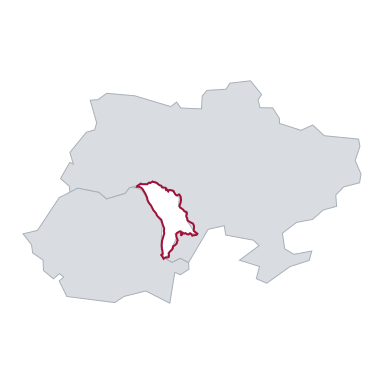 Moldova highlighted among its neighbors
{"feature_id": "MDA", "entity_name": "Moldova", "entity_type": "country or territory", "adm_level": 0, "iso_a3": "MDA", "parent_name": "Europe", "parent_adm1": "", "projection": "orthographic", "projection_center": [28.535, 46.964], "detail": "fine", "context": "with_neighbors", "style": "outline", "palette": "rose", "viewbox_px": 384, "rotation_deg": 0, "n_neighbors": 2, "source": "natural_earth", "source_scale": "50m", "svg_char_len": 3322}
<svg xmlns="http://www.w3.org/2000/svg" viewBox="0 0 384 384"><path d="M284.7,248.9L293.9,254.3L311.8,251.0L309.2,260.4L290.0,266.6L266.7,283.2L256.3,278.7L259.5,266.5L239.5,260.2L259.0,245.7L253.5,240.2L225.8,235.1L224.2,225.7L208.1,229.4L188.5,262.7L180.4,258.4L172.0,262.5L164.0,257.8L168.5,255.1L176.4,238.2L175.1,233.6L195.5,233.7L187.2,221.0L184.6,210.4L178.3,206.3L179.4,197.6L171.7,190.8L152.3,181.8L129.7,187.6L125.2,193.4L106.5,199.0L98.9,192.4L77.7,188.2L70.0,193.1L69.3,186.2L60.5,178.6L69.8,162.4L73.3,164.1L69.9,152.4L86.3,132.3L94.6,129.9L96.7,122.9L90.2,100.2L97.8,99.7L106.8,93.3L134.8,95.8L170.7,106.6L176.6,102.1L180.8,108.0L201.5,108.9L202.2,96.1L206.9,90.4L226.1,89.2L229.8,83.2L250.5,80.8L261.6,94.5L258.1,99.9L260.0,107.7L272.7,107.9L279.4,118.4L279.5,123.4L300.9,130.3L312.7,125.0L324.2,135.7L358.6,139.1L359.9,146.4L355.2,160.6L361.0,174.0L359.6,182.8L343.6,186.9L335.8,195.0L336.6,206.3L323.2,210.0L312.6,219.4L296.5,222.4L282.4,233.2L284.7,248.9Z" fill="#d9dde1" stroke="#a8b0b8" stroke-width="1"/><path d="M164.0,257.8L172.0,262.5L180.4,258.4L188.5,262.7L189.0,269.2L180.3,274.8L174.8,272.4L169.8,303.2L145.8,291.0L124.1,296.4L114.8,302.6L66.8,296.5L59.2,281.0L63.7,277.1L59.5,273.6L53.4,278.8L43.5,270.5L43.0,260.0L32.7,253.0L31.5,244.7L23.0,233.8L37.5,230.4L59.2,197.6L77.7,188.2L98.9,192.4L106.5,199.0L125.2,193.4L129.7,187.6L136.9,187.8L142.0,190.4L162.3,224.1L160.9,246.2L164.0,257.8Z" fill="#d9dde1" stroke="#a8b0b8" stroke-width="1"/><path d="M136.9,186.8L137.3,185.9L140.8,183.6L141.7,184.1L143.5,184.2L147.3,184.2L149.1,182.6L150.2,183.1L151.2,182.4L152.7,181.5L152.9,181.7L153.1,181.9L155.5,182.3L157.3,183.2L158.5,184.5L159.7,185.3L161.0,185.6L161.7,186.3L161.8,187.2L163.0,187.7L165.2,187.7L166.2,188.4L165.8,189.7L166.1,190.1L166.9,189.7L167.5,190.1L167.8,191.0L168.2,191.5L169.3,190.0L170.5,190.1L173.4,190.8L175.0,193.9L176.0,195.0L176.9,195.5L177.9,195.0L178.9,194.4L179.5,194.7L180.7,196.8L181.0,199.5L181.0,200.6L180.6,202.5L180.0,204.5L179.5,205.7L179.7,206.8L180.1,207.6L180.8,207.9L183.2,209.7L184.0,210.9L185.3,211.7L186.2,211.8L186.7,212.3L186.9,212.9L186.8,214.5L186.3,215.9L186.4,216.9L187.2,218.0L187.3,219.3L187.4,220.1L187.9,220.7L190.0,222.1L192.8,223.5L193.5,224.6L194.0,226.1L193.9,228.6L193.7,230.8L197.4,233.7L197.0,234.3L196.5,234.9L193.0,235.4L192.3,235.7L190.7,233.5L190.0,233.2L189.2,234.0L188.4,234.5L187.3,234.3L186.2,233.6L185.6,233.1L185.1,233.1L184.4,233.6L183.5,233.4L182.9,232.8L182.0,234.7L181.5,235.1L181.1,235.1L181.1,231.9L180.8,231.4L180.1,231.3L178.4,232.1L176.8,233.1L176.3,234.0L176.3,235.5L176.6,237.4L177.7,240.3L177.1,241.5L176.7,243.5L174.9,245.3L173.0,246.4L172.8,248.5L171.7,250.0L169.9,251.5L168.6,253.3L168.9,254.5L169.0,255.7L168.8,256.5L168.7,257.1L168.2,257.3L165.4,257.6L164.6,257.9L163.6,258.8L162.7,257.2L161.8,255.7L161.2,255.0L161.5,254.6L162.2,254.2L162.7,253.8L162.6,252.1L162.3,250.1L161.9,249.2L161.9,247.7L161.7,245.5L162.0,241.2L163.5,235.9L164.3,233.3L163.9,231.8L164.2,228.4L163.6,226.8L162.7,224.6L161.3,219.8L159.6,218.2L157.6,216.3L156.7,215.0L156.1,213.4L154.9,211.9L153.5,210.5L151.8,207.1L151.0,205.5L150.7,205.1L148.8,202.8L147.8,200.8L147.3,199.2L147.1,197.7L145.8,194.6L144.6,192.4L143.5,190.7L143.0,189.6L141.6,188.1L139.7,187.0L138.5,186.7L136.9,186.8Z" fill="none" stroke="#9f1239" stroke-width="2"/></svg>